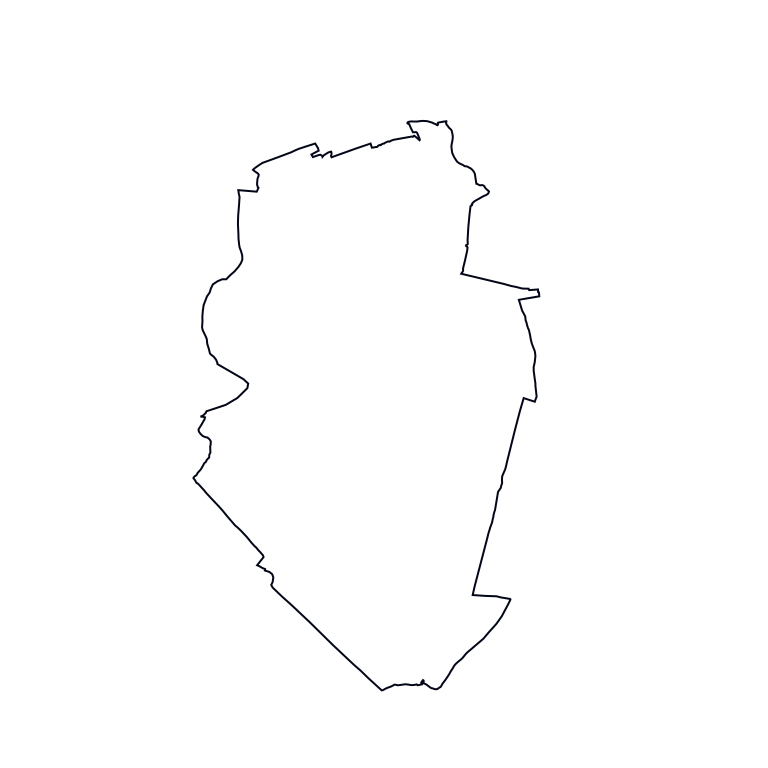 the district of Isalnita, Dolj, Romania, rotated 126°
{"feature_id": "2599482B36519910274216", "entity_name": "Isalnita", "entity_type": "district", "adm_level": 2, "iso_a3": "ROU", "parent_name": "Romania", "parent_adm1": "Dolj", "projection": "mercator", "projection_center": [23.718, 44.394], "detail": "fine", "context": "isolated", "style": "outline", "palette": "ink", "viewbox_px": 768, "rotation_deg": 126, "n_neighbors": 0, "source": "geoboundaries", "source_scale": "gbopen_adm2", "svg_char_len": 6166}
<svg xmlns="http://www.w3.org/2000/svg" viewBox="0 0 768 768"><g transform="rotate(126 384 384)"><path d="M518.2,513.3L516.6,510.5L516.2,509.2L516.9,509.0L517.7,508.5L523.8,507.8L526.4,507.6L528.3,507.5L529.4,507.4L530.1,507.1L531.2,505.9L531.9,504.2L532.3,502.5L532.5,501.1L532.6,499.9L532.1,497.8L531.5,496.2L531.1,495.4L531.2,493.7L531.4,492.3L532.0,490.9L532.3,490.3L533.5,489.6L534.0,489.3L534.4,488.9L535.4,488.4L536.3,488.1L537.1,487.6L539.4,485.8L541.4,484.2L542.6,483.9L543.5,483.9L545.0,483.1L546.0,482.4L546.4,482.2L546.8,482.3L547.9,482.6L550.1,482.7L551.9,482.3L553.0,482.7L553.4,482.8L554.0,482.8L558.4,482.2L561.0,482.0L562.2,482.1L563.1,482.3L564.8,482.4L565.8,482.5L567.4,482.2L567.9,482.2L568.7,482.4L569.8,482.9L570.5,483.0L571.9,483.0L572.2,482.8L573.0,480.1L573.8,478.6L574.0,478.0L574.2,477.3L574.0,476.6L574.0,475.8L575.6,467.7L576.7,463.6L578.1,456.4L580.2,445.2L581.3,440.2L583.4,432.2L586.0,421.1L586.1,420.0L586.0,419.4L586.8,413.4L588.5,404.6L590.2,398.3L591.2,393.7L591.5,390.8L592.3,388.2L592.7,385.7L593.7,381.3L594.8,379.7L605.2,380.1L604.7,377.9L604.3,374.0L603.6,371.4L604.9,370.8L603.4,366.2L603.6,362.6L605.5,359.9L609.6,357.7L612.9,357.1L614.2,354.2L615.9,341.5L617.2,328.9L620.4,303.9L625.3,271.3L628.9,242.8L629.6,234.7L631.2,223.6L633.2,205.8L632.3,204.9L629.6,203.7L627.2,202.3L625.8,201.2L622.7,199.5L621.2,198.9L620.3,197.5L619.6,195.7L618.3,194.3L614.4,190.3L612.5,186.9L611.7,185.2L609.9,182.8L608.4,181.5L607.8,180.9L608.0,179.9L607.0,178.7L605.4,177.5L604.8,176.8L604.6,176.7L604.4,176.7L604.2,176.9L604.2,177.5L604.0,178.0L603.6,178.4L601.3,178.5L600.6,178.4L600.6,177.8L600.9,177.3L602.4,176.6L602.6,176.3L602.7,176.0L602.7,175.6L602.5,174.7L602.4,174.2L602.2,172.8L602.3,171.7L602.3,169.6L602.3,169.2L602.3,167.4L602.1,166.7L601.7,165.9L601.2,164.2L600.7,163.0L600.4,162.5L600.1,162.2L599.6,161.7L599.1,161.4L597.1,160.8L596.2,160.3L595.4,160.1L592.0,160.5L591.2,160.5L587.2,160.4L581.7,160.6L580.3,160.7L577.5,161.1L573.1,161.3L571.8,161.5L570.1,161.6L569.2,161.5L568.1,161.4L565.3,160.8L563.3,160.3L562.0,159.9L559.5,159.4L555.1,159.2L552.5,158.9L531.7,153.9L523.5,153.3L517.9,152.7L512.1,152.1L502.4,152.2L500.6,152.5L489.1,154.1L484.1,155.0L483.9,155.2L483.8,155.7L488.1,164.3L489.6,168.2L495.7,177.2L502.6,188.2L495.0,191.5L447.4,210.1L444.3,211.4L437.1,213.9L433.5,214.9L432.6,215.1L429.7,216.5L426.8,217.6L425.8,218.3L422.2,219.7L420.9,220.0L404.3,228.3L399.4,228.5L397.0,229.5L394.7,230.2L392.5,232.0L390.0,233.7L388.6,234.3L383.2,235.5L381.2,236.0L377.7,237.4L374.5,238.8L343.8,251.2L326.1,258.1L313.3,262.7L309.7,251.6L308.2,252.1L304.5,253.1L296.5,260.4L294.8,261.6L291.3,265.0L285.4,270.6L282.3,272.9L278.1,274.7L274.5,276.7L272.2,278.1L270.0,280.1L268.6,281.6L266.5,285.0L264.3,288.3L261.6,291.5L258.6,294.6L256.0,297.5L254.8,299.0L254.2,300.3L251.7,303.6L250.7,304.6L249.2,306.9L247.5,308.4L246.2,309.6L243.5,315.3L236.6,324.4L221.8,309.9L218.8,312.5L219.1,313.3L217.0,315.0L222.7,321.7L222.4,322.5L221.9,323.0L225.2,327.8L226.0,329.4L226.5,330.8L227.9,334.3L229.9,338.6L232.9,346.6L249.4,386.3L248.2,386.4L246.7,386.4L245.9,386.6L245.3,386.9L244.8,387.5L244.3,387.8L243.5,388.2L235.9,391.3L227.2,395.1L224.3,396.8L224.1,397.9L224.1,398.8L223.1,399.1L222.5,398.6L221.5,398.5L218.4,401.0L207.5,408.0L197.7,413.8L189.4,418.5L188.2,418.0L187.3,418.0L187.2,418.5L186.5,418.7L184.1,418.5L182.2,417.9L173.9,414.1L170.8,412.3L168.5,411.6L166.5,412.3L166.3,414.1L166.1,416.4L165.6,418.1L165.0,419.0L165.0,420.3L165.3,421.3L166.1,422.4L166.8,422.9L167.3,425.1L167.3,426.1L167.7,427.0L160.6,434.0L159.5,436.0L158.8,438.5L158.7,439.7L158.6,440.6L158.8,441.7L159.1,444.1L159.3,444.8L159.6,445.4L160.2,446.5L160.4,446.9L160.4,447.7L160.4,448.9L160.5,449.3L160.9,451.0L161.2,453.3L161.2,454.0L161.2,454.7L161.1,455.7L160.5,457.4L159.3,460.4L157.7,463.4L157.0,464.5L156.4,465.2L155.6,466.0L152.8,468.6L151.9,469.3L149.8,470.4L146.9,471.7L144.4,473.1L143.7,473.5L141.8,475.3L139.3,478.1L138.8,479.3L138.6,481.0L138.5,481.8L138.2,482.9L137.7,484.3L137.3,486.1L136.6,486.8L135.9,487.8L135.7,488.0L135.1,487.7L134.8,488.0L135.6,488.9L138.3,491.6L139.5,492.6L140.0,493.2L140.9,493.9L141.6,493.7L142.3,492.9L142.6,492.8L143.0,492.7L143.2,492.8L143.3,493.0L143.4,493.4L143.4,494.6L143.9,496.7L144.1,497.9L144.3,498.9L144.7,500.0L145.5,502.3L145.9,503.3L146.6,504.6L147.3,505.7L148.7,507.7L149.5,508.7L152.2,511.5L153.4,513.1L155.5,516.2L156.1,516.9L157.5,518.2L157.7,518.4L158.2,518.6L158.7,518.6L158.9,518.4L159.2,518.1L159.3,518.1L159.3,517.9L159.3,517.6L158.9,516.5L161.2,512.6L163.3,508.6L162.6,507.5L162.0,506.9L161.5,506.3L161.3,505.9L161.3,505.1L161.6,504.4L165.0,498.9L165.5,498.5L165.9,498.5L165.5,502.5L165.4,504.9L165.5,505.5L166.0,505.9L167.0,505.9L167.3,506.4L167.6,507.1L180.8,519.8L183.5,521.6L184.0,521.7L184.7,522.0L185.3,523.2L186.2,523.8L188.4,525.0L189.3,525.2L189.6,525.4L189.9,525.9L191.2,526.7L192.2,526.8L192.7,527.1L192.9,527.4L192.9,527.8L193.9,528.3L194.6,528.8L195.9,528.8L196.4,529.1L197.2,530.0L199.0,531.7L199.9,532.7L197.4,536.2L198.8,537.2L210.4,545.4L231.4,559.7L231.0,560.5L230.4,561.0L228.6,561.7L227.5,562.7L227.1,563.4L229.3,565.1L233.7,566.9L234.9,567.2L236.3,567.3L235.7,567.9L235.9,569.3L235.9,570.2L236.9,571.2L242.2,574.9L241.0,577.6L234.2,574.3L233.7,574.0L232.1,575.8L229.9,581.0L239.3,587.9L244.2,591.4L247.6,593.4L250.8,595.1L263.4,603.4L276.6,612.3L279.6,613.5L285.2,615.4L287.7,615.9L287.9,613.9L287.8,609.8L288.0,609.2L288.4,608.3L289.7,607.7L292.0,607.1L294.7,605.6L297.3,603.9L298.0,602.9L298.9,601.9L299.0,600.9L303.2,600.0L312.8,615.8L315.1,613.6L317.6,610.8L325.2,606.0L333.4,601.0L340.3,596.3L347.9,590.2L352.1,587.0L356.2,583.3L358.4,581.1L360.6,577.7L363.2,574.4L366.6,571.7L370.3,570.8L374.8,570.6L380.8,571.1L386.5,572.4L392.0,573.2L394.3,576.4L398.8,579.1L404.0,581.0L408.4,580.2L412.5,578.8L417.2,578.7L426.2,576.3L431.1,573.7L436.2,570.6L440.0,567.7L445.1,564.5L447.1,562.2L450.4,556.0L451.8,553.8L455.3,550.7L458.9,545.9L461.5,542.9L461.9,541.6L462.0,537.8L463.0,534.3L464.6,531.6L465.8,530.4L462.7,500.5L463.5,494.1L467.7,492.1L481.5,494.4L493.8,499.7L510.4,511.6L512.3,511.2L516.1,511.9L518.2,513.3Z" fill="none" stroke="#020617" stroke-width="2"/></g></svg>